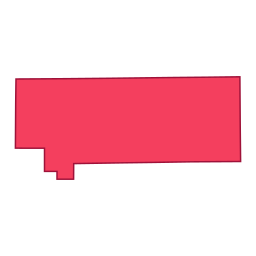 Howard, Indiana, United States of America
{"feature_id": "52423323B16431828353602", "entity_name": "Howard", "entity_type": "district", "adm_level": 2, "iso_a3": "USA", "parent_name": "United States of America", "parent_adm1": "Indiana", "projection": "robinson", "projection_center": [-86.172, 40.47], "detail": "fine", "context": "isolated", "style": "filled", "palette": "rose", "viewbox_px": 256, "rotation_deg": 0, "n_neighbors": 0, "source": "geoboundaries", "source_scale": "gbopen_adm2", "svg_char_len": 376}
<svg xmlns="http://www.w3.org/2000/svg" viewBox="0 0 256 256"><path d="M16.0,79.0L15.7,102.2L15.4,148.1L23.7,148.2L44.5,148.2L44.5,171.4L57.0,171.4L57.0,179.2L73.6,179.2L73.7,163.6L124.4,162.8L153.6,162.4L190.9,161.8L240.6,161.5L240.2,123.1L239.9,76.8L206.9,77.2L174.3,77.5L124.3,78.1L107.8,78.3L65.6,78.7L16.0,79.0Z" fill="#f43f5e" stroke="#9f1239" stroke-width="1.5"/></svg>